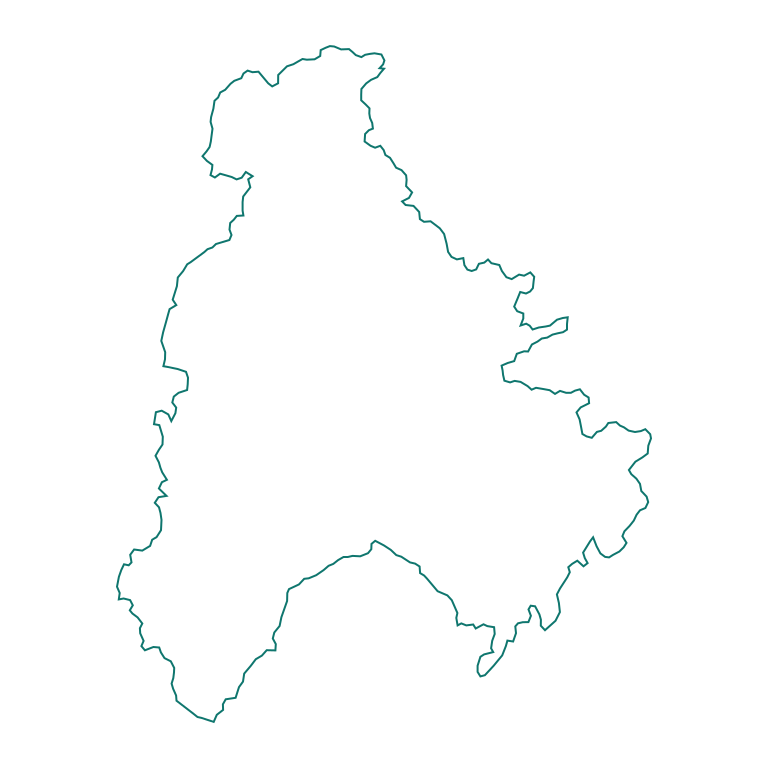 Barra do Turvo, São Paulo, Brazil (orthographic projection)
{"feature_id": "56859067B30603953401521", "entity_name": "Barra do Turvo", "entity_type": "district", "adm_level": 2, "iso_a3": "BRA", "parent_name": "Brazil", "parent_adm1": "São Paulo", "projection": "orthographic", "projection_center": [-48.409, -24.876], "detail": "fine", "context": "isolated", "style": "outline", "palette": "teal", "viewbox_px": 768, "rotation_deg": 0, "n_neighbors": 0, "source": "geoboundaries", "source_scale": "gbopen_adm2", "svg_char_len": 5303}
<svg xmlns="http://www.w3.org/2000/svg" viewBox="0 0 768 768"><path d="M530.3,272.4L524.1,275.7L519.1,274.6L511.7,279.1L506.4,277.2L501.9,271.0L499.3,265.0L491.4,263.2L488.0,259.5L484.3,262.6L478.9,263.8L476.2,269.4L471.7,271.0L467.4,269.6L464.4,265.1L463.3,258.1L456.9,259.4L451.5,256.9L448.1,251.9L446.6,243.7L444.1,234.0L439.8,228.3L430.6,221.3L424.0,221.8L419.9,219.1L419.2,212.0L413.5,205.9L405.6,205.0L402.1,201.4L409.0,197.9L412.1,192.4L406.1,186.1L406.6,179.8L406.1,175.3L401.5,170.1L396.1,167.7L393.5,163.3L390.0,157.8L385.4,155.0L383.7,150.1L380.3,145.8L375.1,147.7L370.6,145.8L364.6,141.5L365.1,134.0L368.9,130.2L372.9,128.6L372.2,123.0L370.0,118.0L369.3,113.5L369.5,108.4L365.7,104.5L361.2,100.3L361.2,94.7L361.4,89.0L366.2,83.4L371.1,79.8L377.3,77.1L380.3,73.0L384.0,68.7L379.6,68.2L383.1,64.4L384.4,60.4L381.4,54.5L374.5,53.3L369.8,53.9L365.1,54.8L361.4,57.1L355.8,55.1L352.5,52.0L349.0,49.1L341.1,49.4L334.2,46.5L329.9,46.1L325.8,47.7L320.7,50.1L320.2,56.0L314.6,59.3L306.8,59.7L302.5,59.0L297.9,61.6L293.4,64.2L287.0,66.3L278.2,75.0L278.1,83.3L272.2,86.4L268.2,83.3L258.5,71.7L252.5,72.2L247.6,70.6L243.5,73.5L241.3,78.2L234.3,80.8L230.5,83.8L225.2,89.8L220.2,92.5L218.1,97.5L214.5,100.8L213.4,108.6L211.1,117.1L210.6,121.9L212.5,128.7L211.5,136.2L210.8,141.6L209.6,147.0L206.6,151.3L202.5,156.2L206.9,160.9L212.4,164.9L212.0,169.4L210.5,175.1L214.9,177.5L220.1,173.7L225.8,175.3L231.7,177.0L236.6,179.4L241.7,177.7L245.8,172.0L252.6,176.2L248.2,179.3L250.3,187.3L243.2,196.5L242.6,202.0L242.6,210.7L243.4,215.5L236.8,215.9L233.8,219.7L230.2,223.0L229.5,229.6L231.5,235.0L229.4,240.0L216.0,244.0L212.4,247.5L207.5,249.2L204.4,252.0L190.6,262.2L187.2,264.3L183.1,271.1L177.8,277.5L176.9,286.2L172.7,299.7L176.3,305.1L169.6,309.1L168.4,313.3L165.8,322.8L163.1,332.4L161.3,340.9L165.2,352.2L165.0,359.3L163.4,366.2L167.4,366.9L177.6,369.0L186.0,371.8L188.0,377.7L187.7,384.3L187.1,390.0L178.6,392.8L173.8,396.6L172.3,402.5L176.2,407.6L175.4,413.2L171.3,421.1L168.3,414.4L161.7,410.7L155.9,412.2L154.0,424.2L159.3,425.1L162.8,436.7L162.5,444.5L158.9,449.8L155.5,455.8L158.9,462.4L160.4,467.7L162.2,472.3L166.9,479.8L161.9,482.2L158.9,488.5L166.5,495.9L158.5,497.2L154.8,502.8L159.0,507.3L160.5,513.0L161.5,519.9L161.0,530.2L156.6,537.1L152.2,539.7L150.1,545.9L142.3,550.6L134.1,549.5L130.2,554.8L131.5,562.4L128.7,565.3L124.0,564.3L121.3,570.0L118.9,576.8L117.0,586.7L119.7,593.0L118.8,599.4L123.6,598.5L130.1,600.1L132.8,605.3L129.8,610.3L132.4,613.5L137.6,617.4L142.3,623.5L139.9,628.2L140.2,633.3L143.6,640.9L141.4,646.1L144.9,650.3L153.4,647.0L159.2,647.5L160.9,652.4L164.5,658.1L170.8,661.3L174.2,667.9L174.0,672.4L173.3,678.1L171.6,683.6L173.1,688.7L176.1,695.5L176.5,700.7L193.5,713.8L197.5,717.0L201.5,717.9L213.7,721.9L216.8,714.8L223.1,709.9L222.9,704.3L225.7,699.3L235.6,697.8L239.0,687.1L243.0,681.6L244.2,673.6L250.8,665.8L255.8,659.2L261.9,655.6L266.7,650.2L275.4,650.4L275.8,644.1L272.8,638.5L274.3,632.5L279.6,626.0L281.4,617.2L287.1,601.0L287.3,593.0L289.0,589.1L295.0,586.3L299.0,584.4L304.2,578.8L308.7,578.3L316.2,575.2L323.6,570.1L328.6,565.8L333.3,563.9L338.1,560.1L343.5,557.0L347.8,557.0L352.5,555.9L360.2,556.3L368.0,553.2L371.3,549.2L371.5,543.9L375.2,540.8L383.9,545.4L390.8,549.9L396.3,555.1L401.3,556.7L410.0,562.4L415.1,563.6L419.6,566.5L420.1,573.1L424.1,575.5L426.9,578.5L430.7,583.0L437.6,591.2L447.4,595.4L451.8,600.2L457.4,613.0L456.3,617.9L457.6,625.4L461.3,623.4L466.3,625.4L473.2,624.5L475.7,628.5L483.5,624.3L487.3,626.1L494.1,627.2L494.7,634.0L492.2,640.8L491.1,648.3L493.2,652.1L484.1,654.4L480.4,656.8L477.6,665.7L477.6,671.9L480.4,676.4L484.9,675.2L493.6,665.8L502.2,655.4L505.9,646.0L507.4,640.6L513.1,641.5L516.0,633.2L515.3,626.4L518.0,623.3L522.8,622.2L528.4,622.1L530.9,615.8L528.5,609.4L530.7,605.7L535.1,606.3L539.4,614.4L540.9,619.7L540.8,625.7L545.0,630.2L555.5,620.8L559.9,612.1L558.9,603.0L556.9,594.4L560.0,588.5L567.2,577.4L569.8,572.2L568.3,567.2L572.1,563.9L577.3,560.7L583.5,566.3L587.6,563.1L584.8,558.1L583.1,552.6L590.1,541.3L593.1,537.3L596.6,546.3L600.4,553.4L605.1,556.9L609.1,557.4L613.0,554.9L619.4,551.5L623.7,547.3L626.5,542.9L622.4,536.2L624.4,531.3L629.6,525.9L633.8,520.6L636.6,514.7L640.0,510.3L645.4,508.0L648.2,502.1L646.6,496.6L641.3,491.0L640.0,483.9L636.4,478.7L631.3,474.2L628.9,470.0L635.4,461.7L642.4,457.4L647.7,453.5L648.3,445.7L651.0,438.4L650.2,434.2L645.3,429.2L640.8,431.1L635.0,432.0L628.6,430.6L623.9,427.3L620.0,425.6L616.2,422.1L608.3,423.0L605.9,426.6L601.2,430.8L596.9,431.9L591.8,437.8L586.6,436.4L582.4,434.0L580.9,426.0L579.6,419.4L576.5,412.4L580.7,407.4L589.1,403.2L588.6,397.5L584.1,394.7L579.9,389.3L575.1,390.6L570.9,392.8L566.1,392.8L560.0,390.9L555.0,393.9L549.7,390.2L543.1,389.0L536.0,387.8L531.6,389.7L527.6,386.1L520.6,381.9L514.6,380.9L510.1,382.4L504.4,380.7L503.1,375.0L502.6,370.5L501.6,365.6L507.7,363.0L514.2,361.1L516.8,353.8L524.1,351.3L528.1,351.5L531.9,344.5L537.5,341.6L541.8,338.5L547.2,337.6L552.5,334.6L557.7,333.3L563.0,332.2L567.0,329.6L567.0,324.1L567.7,317.3L562.8,318.0L557.0,319.7L550.0,325.6L545.7,326.5L538.8,327.5L532.6,329.5L529.7,325.7L526.2,323.7L520.6,325.5L523.3,318.5L523.3,313.5L517.2,311.2L514.2,306.6L517.5,298.7L520.2,292.0L526.0,293.5L530.1,291.5L532.9,288.1L533.6,281.4L534.2,276.8L530.3,272.4Z" fill="none" stroke="#0f766e" stroke-width="2"/></svg>